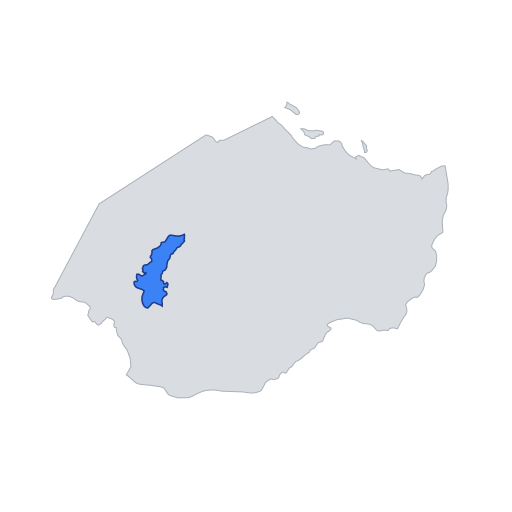 where Shinyanga sits in United Republic of Tanzania, rotated 298°
{"feature_id": "TZA-3358", "entity_name": "Shinyanga", "entity_type": "Region", "adm_level": 1, "iso_a3": "TZA", "parent_name": "United Republic of Tanzania", "parent_adm1": "", "projection": "mercator", "projection_center": [32.976, -3.814], "detail": "fine", "context": "in_parent", "style": "filled", "palette": "blue", "viewbox_px": 512, "rotation_deg": 298, "n_neighbors": 0, "source": "natural_earth", "source_scale": "10m", "svg_char_len": 5766}
<svg xmlns="http://www.w3.org/2000/svg" viewBox="0 0 512 512"><g transform="rotate(298 256 256)"><path d="M196.4,348.3L191.4,345.7L186.9,344.1L183.3,342.3L181.6,340.6L178.2,339.9L175.2,339.6L172.5,338.0L166.8,337.5L166.2,336.4L166.1,334.0L165.1,333.4L163.1,332.8L160.8,332.8L159.5,333.2L158.7,333.0L156.8,331.6L155.1,329.8L154.5,327.0L151.9,325.2L148.9,323.8L140.6,323.9L139.3,323.5L137.4,322.1L135.1,319.7L133.2,317.0L131.6,313.4L129.9,308.4L120.4,288.8L119.4,285.1L117.6,281.0L114.5,275.9L111.3,272.2L107.0,268.8L102.0,265.4L99.3,263.1L94.2,253.9L93.2,249.6L92.4,245.1L92.7,243.3L95.9,237.5L96.2,235.9L95.8,233.7L94.3,229.1L92.3,223.6L88.2,213.5L87.7,210.9L87.7,209.0L90.1,198.7L90.1,197.3L99.6,197.5L106.5,193.0L112.6,186.2L113.8,183.4L116.2,179.1L118.6,177.0L119.6,175.5L121.0,171.2L124.1,168.3L127.2,166.1L126.6,164.5L127.0,163.9L128.7,162.7L132.0,161.7L132.6,159.5L132.6,156.9L132.1,155.5L132.2,153.8L131.7,152.9L129.5,152.7L126.4,151.4L123.7,150.9L121.9,150.1L121.2,149.6L120.9,148.1L122.4,144.1L120.9,142.5L124.2,136.0L124.8,135.2L126.0,135.1L128.0,134.4L129.7,134.1L131.2,134.4L132.2,134.1L133.2,133.4L133.9,131.2L134.6,127.5L134.2,124.5L132.9,122.1L132.5,118.6L133.1,113.9L132.7,109.9L131.1,106.8L129.6,104.9L127.2,104.0L123.5,99.2L122.3,96.9L122.5,95.4L123.8,94.8L126.2,95.0L128.4,94.4L130.5,93.1L132.6,92.7L133.6,93.0L228.4,93.0L339.1,154.8L339.6,155.5L340.5,160.8L340.3,162.6L338.6,165.7L338.1,167.3L338.0,168.4L338.5,168.9L339.9,169.0L341.2,169.8L341.6,170.3L342.6,172.6L343.8,173.8L385.9,204.2L386.8,204.6L386.2,207.2L383.8,213.4L383.7,216.0L382.8,219.0L381.9,221.0L379.4,229.7L377.4,233.0L374.6,240.6L374.2,246.5L375.7,250.6L376.3,254.4L379.5,258.2L382.1,259.5L383.9,261.2L387.0,265.2L388.8,269.1L394.4,271.1L396.6,275.5L395.8,278.5L393.2,281.1L390.8,285.2L388.8,290.5L388.8,298.8L390.1,297.5L393.1,299.5L393.4,305.6L390.4,312.7L389.4,316.0L389.3,318.8L391.5,327.3L394.9,331.6L394.6,332.9L393.7,334.1L399.5,341.7L399.0,348.3L401.2,353.5L402.1,358.0L403.5,361.4L403.8,363.8L402.0,366.5L406.2,367.1L408.7,369.3L409.8,371.3L412.9,371.2L414.5,372.7L416.9,373.8L422.1,377.3L423.5,379.0L424.3,380.7L410.0,391.7L404.8,394.5L401.1,395.8L397.1,396.5L393.4,398.2L389.8,401.0L385.3,402.3L379.7,402.3L373.9,404.2L364.7,409.9L359.4,406.8L355.2,405.8L350.4,405.9L347.5,406.3L346.4,406.9L345.5,408.9L344.7,412.0L341.6,415.1L336.0,418.0L330.9,419.1L326.3,418.3L323.1,417.1L321.5,415.4L319.0,414.7L315.8,414.8L312.7,416.0L309.8,418.3L305.1,419.3L298.7,419.0L295.2,417.9L294.7,416.0L291.9,413.7L286.8,411.2L283.0,411.1L280.5,413.6L278.3,415.1L276.3,415.7L274.5,415.8L271.9,415.2L264.7,414.9L258.0,415.0L257.3,411.5L255.9,409.3L254.7,408.0L252.4,407.7L251.7,406.7L251.0,404.5L249.8,402.6L248.3,401.1L247.4,399.7L247.1,398.3L247.3,396.9L248.7,393.3L249.2,390.8L249.0,388.3L248.2,385.7L246.6,382.6L246.8,381.7L246.3,379.6L246.2,378.1L246.5,376.3L246.2,373.8L244.8,368.7L244.8,367.4L243.4,364.9L238.9,359.0L238.7,358.2L231.7,352.3L228.9,351.0L227.9,352.1L227.5,353.1L227.8,355.0L227.6,356.0L227.3,356.4L225.6,356.3L224.6,356.1L221.9,354.5L219.9,354.1L214.7,354.4L212.9,354.8L211.5,354.4L208.8,351.7L205.6,351.1L202.7,351.0L198.0,347.9L196.4,348.3ZM395.1,249.6L397.4,256.1L397.1,257.3L395.5,258.1L394.6,258.1L393.6,257.1L392.9,254.9L391.7,255.4L389.6,252.8L387.5,252.7L385.6,249.6L386.3,246.9L385.9,242.2L388.2,239.9L389.4,235.9L390.9,238.6L391.2,242.9L393.2,247.8L395.1,249.6ZM406.3,211.1L406.4,212.7L406.0,214.1L406.1,218.7L405.9,221.7L404.2,225.9L402.8,227.4L401.5,227.0L400.5,226.3L399.7,225.2L401.3,217.4L400.5,211.8L403.7,212.3L406.3,211.1ZM401.6,304.6L400.0,305.0L399.3,304.6L398.3,303.3L400.1,302.2L401.8,300.1L405.7,297.0L407.5,294.5L407.2,296.9L405.0,302.2L403.1,302.6L401.6,304.6Z" fill="#d9dde1" stroke="#a8b0b8" stroke-width="1"/><path d="M219.2,181.6L218.6,181.2L218.5,180.4L216.8,180.0L215.0,180.5L214.2,180.8L212.1,180.8L210.5,180.3L207.0,181.2L204.3,182.4L202.7,182.5L200.9,182.4L199.5,181.2L198.3,180.8L196.8,181.4L194.7,181.0L194.1,181.2L193.7,181.7L191.8,182.5L190.1,183.0L190.4,184.8L190.0,186.4L189.3,186.6L188.9,187.1L188.4,187.6L188.2,188.1L188.7,188.7L189.3,189.2L190.7,189.7L190.1,191.3L187.2,192.2L186.5,192.2L186.4,191.7L186.4,191.1L186.1,190.3L185.5,189.7L184.5,189.2L183.5,189.9L182.7,190.0L182.2,190.8L182.0,192.0L182.2,193.1L182.1,193.8L181.6,194.1L180.9,195.1L179.8,195.3L178.6,194.7L177.4,194.0L174.9,193.3L172.4,193.8L169.9,195.6L167.7,196.7L167.9,195.5L168.0,194.3L167.6,192.8L167.5,191.2L167.5,189.6L167.3,188.0L166.4,187.2L165.4,186.4L162.7,185.9L159.2,184.8L158.8,182.7L159.2,180.8L160.9,178.2L163.6,175.9L166.8,174.4L169.8,174.0L172.6,173.7L173.0,171.4L172.5,168.4L172.1,165.3L172.7,163.3L174.0,161.6L175.0,160.9L176.1,160.5L177.0,161.2L177.3,162.3L178.1,162.9L179.0,163.0L179.5,162.0L180.2,161.2L181.1,160.5L183.0,159.6L184.0,159.4L184.6,160.3L184.9,161.4L184.7,163.1L184.7,164.6L185.8,165.4L188.2,166.9L189.3,166.9L189.3,166.1L188.6,166.0L188.5,165.0L188.9,163.9L189.1,163.1L190.0,163.1L190.9,162.7L191.3,161.7L192.0,161.4L192.7,161.6L193.7,161.3L194.6,161.1L195.5,161.8L196.4,162.6L196.9,163.7L197.7,164.4L198.7,164.7L199.6,165.1L200.2,165.2L200.8,165.5L201.4,166.1L202.1,166.5L204.1,165.5L205.2,163.3L206.3,162.9L207.4,163.2L208.7,163.0L209.9,162.7L211.6,161.7L213.1,161.9L214.6,163.1L216.7,165.1L219.4,166.4L220.9,166.8L222.0,166.6L223.1,166.0L223.9,166.4L224.8,168.1L226.3,169.0L228.5,169.2L231.3,169.3L233.8,170.0L234.7,171.6L235.8,175.1L237.1,178.1L238.7,180.2L240.0,181.4L241.5,182.5L240.7,183.3L238.9,183.8L237.7,184.8L236.9,184.6L236.2,185.0L235.8,185.8L234.9,185.8L233.9,185.3L232.8,185.3L232.2,185.1L231.7,184.7L231.2,184.4L230.5,184.6L229.5,184.6L228.5,184.3L227.7,183.7L227.1,182.9L226.3,182.4L225.3,182.3L223.5,182.2L221.2,181.5L220.2,181.5L219.2,181.6Z" fill="#3b82f6" stroke="#1e3a8a" stroke-width="1.5"/></g></svg>